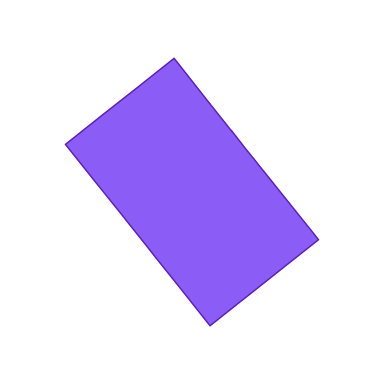 Comandante Fernández, Chaco, Argentina (orthographic projection), rotated 300°
{"feature_id": "61730980B26046188382184", "entity_name": "Comandante Fernández", "entity_type": "district", "adm_level": 2, "iso_a3": "ARG", "parent_name": "Argentina", "parent_adm1": "Chaco", "projection": "orthographic", "projection_center": [-60.45, -26.787], "detail": "fine", "context": "isolated", "style": "filled", "palette": "violet", "viewbox_px": 384, "rotation_deg": 300, "n_neighbors": 0, "source": "geoboundaries", "source_scale": "gbopen_adm2", "svg_char_len": 763}
<svg xmlns="http://www.w3.org/2000/svg" viewBox="0 0 384 384"><g transform="rotate(300 192 192)"><path d="M298.8,109.7L298.7,109.6L260.2,94.4L255.8,92.7L217.2,77.2L212.9,75.5L170.0,58.6L169.9,58.7L152.2,103.8L151.0,106.9L137.2,142.6L136.3,144.7L136.0,145.7L134.6,149.0L131.9,155.9L123.4,177.6L119.2,188.1L119.1,188.3L117.4,192.5L102.3,231.3L101.6,233.0L86.6,270.9L85.2,274.5L121.5,288.8L123.9,289.8L128.2,291.5L133.0,293.4L168.5,307.4L170.7,308.3L173.1,309.2L213.9,325.4L215.6,321.3L219.1,312.4L229.2,286.4L230.8,282.3L246.6,241.8L247.6,239.1L249.3,234.8L250.4,232.2L254.7,220.9L256.0,217.4L264.8,195.8L264.6,195.8L266.3,191.5L279.9,157.0L280.1,156.6L281.7,152.5L283.4,148.3L297.1,114.0L298.8,109.7Z" fill="#8b5cf6" stroke="#5b21b6" stroke-width="1.5"/></g></svg>